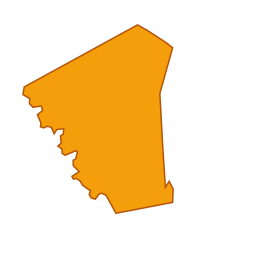 Burnet, Texas, United States of America (Mercator projection), rotated 332°
{"feature_id": "52423323B41129730997096", "entity_name": "Burnet", "entity_type": "district", "adm_level": 2, "iso_a3": "USA", "parent_name": "United States of America", "parent_adm1": "Texas", "projection": "mercator", "projection_center": [-98.33, 30.731], "detail": "fine", "context": "isolated", "style": "filled", "palette": "amber", "viewbox_px": 256, "rotation_deg": 332, "n_neighbors": 0, "source": "geoboundaries", "source_scale": "gbopen_adm2", "svg_char_len": 745}
<svg xmlns="http://www.w3.org/2000/svg" viewBox="0 0 256 256"><g transform="rotate(332 128 128)"><path d="M132.5,214.6L139.3,202.8L139.3,194.4L133.1,198.0L151.0,158.4L172.3,112.5L205.1,78.1L202.2,71.5L191.1,51.3L184.8,41.4L55.7,43.0L50.9,49.2L55.1,55.9L52.4,60.3L53.9,65.1L61.8,67.9L60.8,72.4L54.2,73.8L53.5,82.7L51.3,85.9L53.6,88.3L57.7,88.6L60.6,91.5L60.1,98.4L64.2,95.9L71.0,98.4L67.8,103.1L64.6,103.3L62.0,110.0L57.6,111.1L59.9,115.5L58.0,119.5L59.5,122.5L71.4,123.6L72.2,125.3L67.2,130.8L64.4,130.8L62.0,135.6L64.4,143.6L55.8,144.4L55.8,147.5L58.4,148.0L60.8,152.2L61.1,157.5L65.3,165.7L62.5,168.6L62.7,172.4L65.7,175.5L71.3,172.7L74.1,173.3L77.1,177.1L77.3,197.6L132.5,214.6Z" fill="#f59e0b" stroke="#b45309" stroke-width="1.5"/></g></svg>